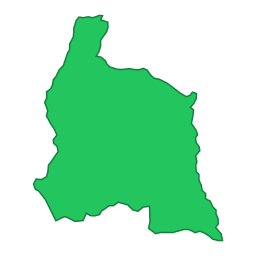 Novo Cabrais, Rio Grande do Sul, Brazil (Albers equal-area conic projection)
{"feature_id": "56859067B95715574386696", "entity_name": "Novo Cabrais", "entity_type": "district", "adm_level": 2, "iso_a3": "BRA", "parent_name": "Brazil", "parent_adm1": "Rio Grande do Sul", "projection": "albers", "projection_center": [-52.991, -29.748], "detail": "fine", "context": "isolated", "style": "filled", "palette": "green", "viewbox_px": 256, "rotation_deg": 0, "n_neighbors": 0, "source": "geoboundaries", "source_scale": "gbopen_adm2", "svg_char_len": 1714}
<svg xmlns="http://www.w3.org/2000/svg" viewBox="0 0 256 256"><path d="M222.5,240.6L221.1,233.7L215.6,227.5L218.2,224.0L218.1,218.8L216.0,213.8L216.0,210.1L212.8,206.9L210.2,201.1L205.5,198.6L205.7,193.7L202.2,190.5L201.2,185.1L199.0,180.3L198.9,174.4L196.2,171.6L195.8,165.2L196.9,161.7L195.7,155.7L199.8,150.8L199.1,146.7L196.1,142.4L195.5,137.5L197.6,134.9L196.1,130.3L191.4,123.4L192.6,117.4L193.6,109.9L190.4,107.4L193.7,103.7L196.3,98.5L196.5,93.5L192.4,92.2L190.1,95.2L186.5,96.7L183.2,94.9L180.2,93.1L176.7,90.4L167.0,83.1L159.6,79.4L153.9,78.1L150.2,74.6L147.1,70.0L143.2,68.4L139.1,69.8L134.0,69.5L129.1,68.6L125.1,69.2L120.8,69.5L116.9,69.2L112.9,67.9L109.9,67.0L107.1,64.3L105.5,60.9L101.1,57.2L96.3,56.2L99.0,51.6L100.6,46.1L100.6,40.2L106.5,32.0L108.0,27.4L107.7,22.1L100.8,19.9L102.5,15.7L99.3,15.4L96.1,16.7L92.4,17.7L88.2,16.8L83.4,17.7L79.0,17.1L76.2,20.4L73.8,28.3L73.8,32.3L73.2,37.2L69.7,43.8L69.5,49.9L67.6,53.0L63.3,65.7L59.2,69.9L55.9,76.7L53.4,79.5L52.6,84.6L50.6,88.9L46.5,91.9L46.9,97.4L44.7,102.5L46.1,106.1L47.7,110.5L46.4,116.1L48.4,119.4L50.6,123.7L54.6,129.6L56.9,135.1L53.3,139.6L53.6,143.3L57.0,146.2L58.2,151.5L53.8,157.8L51.3,161.6L48.5,165.0L47.9,171.6L46.5,176.8L41.3,179.6L36.2,179.0L33.5,184.0L35.4,189.3L38.8,191.1L45.4,199.5L55.9,220.8L62.7,217.3L65.7,216.7L75.1,221.4L83.1,220.6L86.3,213.2L90.3,215.6L94.3,215.9L99.5,214.6L101.5,211.1L105.5,208.4L109.2,205.7L113.4,205.7L118.2,202.2L127.8,204.9L132.6,209.8L138.0,211.3L143.1,207.1L149.5,206.3L150.0,221.4L148.6,228.4L155.7,233.7L160.4,232.5L172.7,232.5L184.3,229.4L189.2,229.6L195.2,232.7L199.7,231.2L204.2,232.9L209.4,236.2L212.6,239.1L218.4,240.6L222.5,240.6Z" fill="#22c55e" stroke="#15803d" stroke-width="1.5"/></svg>